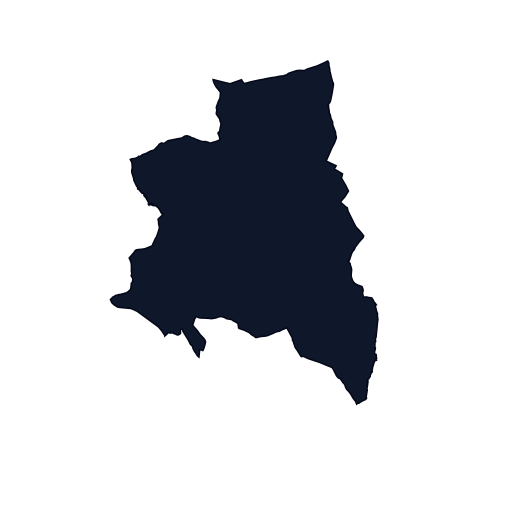 Marpod, Sibiu, Romania (Albers equal-area conic projection), rotated 244°
{"feature_id": "2599482B66590009408064", "entity_name": "Marpod", "entity_type": "district", "adm_level": 2, "iso_a3": "ROU", "parent_name": "Romania", "parent_adm1": "Sibiu", "projection": "albers", "projection_center": [24.514, 45.875], "detail": "fine", "context": "isolated", "style": "filled", "palette": "ink", "viewbox_px": 512, "rotation_deg": 244, "n_neighbors": 0, "source": "geoboundaries", "source_scale": "gbopen_adm2", "svg_char_len": 6100}
<svg xmlns="http://www.w3.org/2000/svg" viewBox="0 0 512 512"><g transform="rotate(244 256 256)"><path d="M399.6,406.1L399.9,405.8L399.8,401.9L400.1,393.7L401.6,384.3L401.5,381.2L401.7,380.4L403.6,376.9L404.6,374.5L405.0,372.6L405.9,365.9L405.8,364.2L405.2,363.6L405.9,360.8L405.9,359.5L407.0,356.8L407.9,353.5L408.2,352.0L409.5,348.2L411.5,340.8L412.0,338.5L412.5,337.2L414.9,327.5L415.7,322.9L416.4,320.5L417.5,320.8L418.6,320.3L420.8,320.3L422.2,308.3L424.7,305.1L433.4,294.8L431.9,294.3L428.7,294.1L425.4,294.3L419.4,295.7L418.3,295.6L413.7,292.8L411.5,290.0L407.3,285.7L406.0,285.1L404.1,284.7L402.8,283.6L401.4,282.7L400.8,282.6L395.1,283.4L392.2,282.7L390.8,282.8L389.0,281.7L386.1,279.4L384.6,278.5L384.1,278.0L383.5,276.2L383.3,275.8L382.7,275.6L380.5,275.6L377.7,275.0L376.7,274.5L376.3,273.8L376.4,271.1L377.7,263.6L378.9,263.3L379.2,262.9L381.3,260.4L381.7,259.2L382.7,257.6L383.8,256.4L388.0,252.5L388.9,252.0L390.6,249.9L392.1,249.1L394.0,247.1L394.4,246.6L394.9,244.8L395.0,244.1L394.6,241.9L394.7,239.7L394.9,239.8L395.1,239.3L395.2,238.5L395.5,237.9L398.0,228.4L398.2,227.1L397.4,222.5L398.7,221.2L399.1,220.5L398.9,217.9L398.0,216.4L396.5,212.2L396.3,212.2L396.0,210.2L396.6,207.4L396.4,202.0L396.9,198.2L396.7,198.1L396.6,197.9L396.4,195.3L396.5,194.9L397.1,194.3L396.6,192.8L396.6,190.9L397.1,189.0L397.9,186.8L397.9,185.3L394.8,185.4L393.8,185.2L389.7,183.5L386.9,181.5L385.2,180.9L379.2,180.0L377.6,179.4L371.4,179.3L370.7,179.4L370.5,179.7L370.2,179.7L369.1,179.6L368.5,179.1L367.5,179.3L367.5,179.8L367.2,180.0L365.6,180.2L362.3,181.1L362.4,181.8L360.3,182.6L359.5,182.5L359.7,181.9L359.2,181.8L357.7,182.2L357.2,182.9L356.6,183.1L356.4,183.1L356.3,182.9L356.5,182.7L356.3,182.5L351.3,182.9L350.5,182.6L350.0,181.9L348.7,182.1L349.0,182.4L349.0,183.2L348.5,183.3L347.4,184.9L346.4,185.6L346.1,186.1L346.5,186.2L347.6,185.6L348.3,184.8L350.0,185.1L350.0,185.3L349.1,185.3L348.1,185.7L345.3,187.4L345.0,188.4L344.1,188.3L343.0,188.9L342.8,189.1L339.1,189.7L336.1,189.7L334.9,190.2L334.4,190.7L333.4,188.5L332.3,184.7L331.9,184.0L330.5,183.7L326.5,182.2L324.5,181.9L323.2,181.1L320.2,178.4L316.8,174.9L315.9,173.3L310.7,167.0L311.2,159.5L312.1,156.5L313.6,152.6L314.0,150.8L313.8,149.8L312.5,147.5L309.8,141.1L306.6,141.0L303.7,140.5L300.3,139.0L297.0,137.3L295.0,136.8L292.9,135.1L291.3,135.2L290.7,135.4L289.0,135.1L288.0,134.3L287.1,133.9L286.1,132.0L285.6,131.5L284.7,131.4L284.4,130.9L283.8,130.7L283.5,130.3L282.3,129.7L281.0,128.4L280.8,127.8L280.3,127.4L280.4,126.4L279.8,125.6L280.0,124.2L279.6,123.8L279.6,123.0L280.1,122.1L280.0,121.8L280.2,121.4L280.1,121.0L280.4,119.6L280.7,119.0L280.6,117.9L280.9,117.5L280.9,117.1L281.2,116.5L281.2,116.1L281.6,115.5L281.4,114.4L281.8,114.0L282.1,113.0L282.0,111.8L281.8,111.2L281.9,110.7L281.8,110.3L281.9,109.5L281.6,108.4L281.3,108.0L280.8,106.1L277.5,105.9L276.4,106.2L274.0,107.2L270.8,109.2L269.6,110.8L263.8,120.3L261.5,122.5L258.3,125.0L234.9,137.3L229.9,138.5L224.5,139.2L224.1,139.0L224.9,141.9L225.3,142.7L225.5,143.2L225.4,143.6L224.4,145.1L223.9,146.0L223.7,147.1L223.4,147.6L222.5,147.9L221.8,148.8L219.9,150.3L219.3,151.0L219.1,151.5L219.3,153.9L219.8,154.4L222.0,155.3L222.8,155.9L222.8,156.9L222.1,157.9L220.4,157.3L210.3,158.3L204.8,158.4L204.4,158.9L203.8,159.1L201.1,159.2L200.6,158.8L196.8,158.9L196.0,159.2L192.0,159.6L190.1,160.4L196.4,164.3L195.2,166.0L194.3,166.7L195.2,168.0L198.6,171.2L200.7,172.9L202.5,173.3L205.0,172.9L210.0,171.3L214.5,170.6L221.5,168.7L226.6,173.6L227.0,174.6L227.9,175.6L228.0,176.3L226.9,176.5L225.7,177.4L224.5,179.1L222.5,182.9L219.7,187.8L219.2,188.3L217.9,192.8L217.7,195.4L217.0,197.9L214.8,200.5L212.5,202.1L209.9,205.7L209.1,206.5L207.7,207.1L205.7,208.7L203.3,210.2L198.9,208.8L198.1,209.2L194.5,212.9L189.7,216.6L188.4,216.9L186.8,217.7L185.1,218.9L183.0,219.9L182.6,220.3L181.7,224.4L179.8,229.6L179.4,231.3L179.0,236.8L179.0,240.8L178.1,244.4L178.3,246.3L177.9,252.2L166.7,252.7L165.5,252.4L164.3,251.8L163.7,252.1L156.6,251.1L153.2,251.7L146.2,252.4L145.6,252.7L145.3,253.8L144.8,254.8L140.7,258.1L133.4,265.6L122.4,275.5L119.7,275.8L113.2,275.8L110.4,276.5L108.9,277.8L108.0,278.1L104.1,278.6L102.5,279.2L101.2,279.3L98.1,278.9L96.2,279.1L93.0,280.1L90.3,280.6L84.9,281.0L82.6,281.6L81.2,281.7L78.7,281.5L78.9,282.3L78.6,284.3L78.9,285.6L79.1,289.9L78.9,291.2L79.1,291.9L79.7,293.0L80.1,293.2L80.8,293.1L87.0,297.4L88.2,297.5L88.9,297.9L89.0,298.3L90.2,299.0L90.8,298.9L91.0,299.8L92.5,300.3L92.9,301.1L93.4,301.2L94.1,300.5L94.5,301.9L94.9,301.9L95.4,301.6L96.3,302.8L96.1,303.3L97.7,305.9L99.0,306.7L100.5,308.5L100.7,309.4L101.0,309.8L101.5,309.6L103.6,311.3L104.6,311.6L105.2,312.6L105.9,313.0L108.9,315.9L109.5,316.2L109.5,318.6L110.2,318.5L110.8,318.9L110.9,319.5L112.6,319.9L113.8,320.6L115.0,320.8L115.9,319.9L116.4,319.8L118.5,321.0L119.8,322.3L120.1,322.3L121.3,323.1L121.6,322.7L126.2,325.1L126.6,326.1L127.7,326.3L129.8,327.5L130.5,328.4L143.7,336.5L145.4,337.7L149.4,339.1L151.0,340.0L152.9,340.1L159.4,341.5L159.3,342.8L161.6,342.4L162.4,342.0L165.8,342.0L167.5,341.7L168.3,340.8L169.0,339.5L170.9,337.2L171.0,336.7L171.3,336.1L171.4,335.3L172.1,334.9L173.6,334.9L174.9,335.2L177.0,336.1L177.5,336.9L178.0,337.2L179.3,337.6L181.5,337.9L182.3,337.7L184.6,335.4L186.4,333.9L188.1,332.8L190.4,332.1L193.1,332.2L196.3,332.7L201.6,335.9L203.7,336.5L206.8,336.9L207.9,337.3L211.0,336.5L210.9,337.2L211.0,337.7L211.4,338.3L216.4,343.1L217.8,345.1L218.7,347.2L220.3,348.9L223.3,354.7L225.6,360.4L226.8,361.6L229.7,361.1L234.3,359.9L237.5,358.8L239.6,358.5L255.9,358.4L259.5,359.2L260.3,358.5L267.4,355.5L268.6,357.9L270.1,361.6L273.8,367.6L280.2,367.6L288.2,367.0L288.8,367.2L291.9,369.8L300.1,364.4L301.3,366.8L302.0,367.6L310.6,360.7L319.8,371.5L323.2,376.1L326.5,379.6L327.8,380.4L329.9,380.8L332.6,381.8L340.3,382.5L342.8,383.6L346.6,383.7L350.8,384.7L351.7,384.5L355.9,385.9L356.0,385.7L359.3,387.1L358.5,385.9L360.3,387.0L361.1,388.4L361.6,389.7L363.1,391.3L369.1,395.9L376.1,400.8L377.3,401.2L377.3,400.9L385.3,402.4L386.8,402.9L389.3,403.3L392.2,404.4L395.0,405.0L397.7,406.1L399.6,406.1Z" fill="#0f172a" stroke="#020617" stroke-width="1.5"/></g></svg>